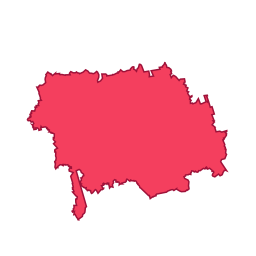 outline of Castillo de Teayo, Veracruz, Mexico, rotated 252°
{"feature_id": "50627088B5982554369070", "entity_name": "Castillo de Teayo", "entity_type": "district", "adm_level": 2, "iso_a3": "MEX", "parent_name": "Mexico", "parent_adm1": "Veracruz", "projection": "orthographic", "projection_center": [-97.687, 20.732], "detail": "fine", "context": "isolated", "style": "filled", "palette": "rose", "viewbox_px": 256, "rotation_deg": 252, "n_neighbors": 0, "source": "geoboundaries", "source_scale": "gbopen_adm2", "svg_char_len": 5698}
<svg xmlns="http://www.w3.org/2000/svg" viewBox="0 0 256 256"><g transform="rotate(252 128 128)"><path d="M95.0,221.1L95.1,215.9L96.6,214.3L97.2,210.6L101.6,210.7L101.8,211.1L105.0,209.0L106.9,211.7L108.0,211.3L107.7,211.8L108.3,211.7L108.3,212.1L108.9,211.7L109.1,212.1L114.7,211.8L114.6,214.4L122.3,214.5L122.3,212.7L128.2,212.8L128.0,211.9L128.9,212.0L129.0,212.8L134.1,212.7L134.1,213.5L134.7,213.5L135.3,210.4L128.8,210.4L128.3,205.7L128.6,204.3L134.2,204.0L131.1,200.4L131.0,197.4L131.2,196.9L131.8,196.9L132.1,195.0L134.3,195.6L134.6,196.5L136.3,196.0L136.3,195.5L137.4,195.9L138.1,198.5L138.9,198.7L138.6,196.4L142.3,195.5L143.0,195.6L143.6,196.8L145.1,195.3L147.6,197.4L149.4,195.5L150.7,196.5L151.5,195.3L151.9,195.5L152.5,194.4L154.0,195.5L153.8,196.1L154.2,196.5L157.3,196.9L158.3,192.8L157.4,191.3L162.1,189.3L164.0,187.6L164.1,187.3L162.5,184.7L165.9,184.6L166.2,186.3L168.6,186.2L168.8,187.0L170.5,186.9L172.8,185.4L173.6,183.7L175.8,183.9L178.3,183.2L179.3,183.6L177.3,182.0L176.1,179.8L175.4,179.6L176.0,176.5L174.0,176.6L175.3,167.7L169.5,168.3L170.2,164.1L172.2,165.0L175.7,165.3L176.4,160.5L182.6,160.2L183.8,160.0L185.0,159.0L185.0,158.4L182.2,156.6L181.3,154.9L179.3,153.6L181.5,152.5L182.2,151.6L184.1,152.5L184.6,152.0L184.7,151.0L184.3,150.1L183.3,148.5L182.4,148.0L182.9,144.9L182.6,142.6L183.2,140.5L185.6,139.0L184.1,137.0L184.4,135.8L183.3,135.4L183.7,134.5L183.1,130.9L183.6,130.1L183.2,129.5L184.1,123.9L185.3,124.2L186.2,123.5L187.4,119.8L183.1,119.1L181.3,116.5L180.8,113.5L182.5,113.6L185.2,115.8L187.6,116.7L190.5,116.3L191.5,115.7L190.4,113.0L190.4,111.7L191.3,110.4L192.1,108.3L194.4,107.5L196.4,105.7L195.0,102.6L194.6,98.7L195.3,98.5L196.2,96.8L197.2,96.4L196.8,94.9L197.4,93.0L199.3,91.0L198.1,89.2L196.5,89.4L197.9,84.8L197.6,84.6L199.3,81.7L199.7,79.9L200.1,79.4L201.0,79.8L201.9,75.6L202.6,76.0L201.2,72.4L203.3,71.5L203.0,71.2L206.0,69.0L204.1,66.3L203.1,66.5L201.5,65.0L199.9,64.2L196.6,63.7L195.2,60.3L195.3,58.5L196.0,57.5L195.6,56.4L194.6,55.5L195.1,53.9L189.7,54.5L188.3,54.0L184.1,54.1L182.8,53.6L181.1,54.1L181.7,51.1L179.4,51.0L178.6,49.9L177.0,50.0L177.7,47.6L176.1,47.5L176.7,46.1L176.5,45.9L175.9,46.4L173.0,44.5L174.1,41.8L173.1,41.3L173.2,40.9L172.5,40.4L171.7,40.7L171.3,39.0L170.2,38.9L170.1,39.4L168.6,39.2L168.5,38.8L169.0,38.5L168.9,37.8L168.2,37.9L168.0,35.9L166.9,34.9L165.8,35.3L165.2,37.4L163.5,37.7L163.6,39.4L161.4,39.8L160.4,38.3L160.8,37.8L159.0,38.5L158.5,37.7L157.5,37.9L157.4,38.6L155.6,38.0L155.2,40.2L156.5,40.4L156.0,41.9L154.6,42.8L153.3,42.6L153.2,45.0L155.1,45.1L156.3,45.8L155.2,46.1L154.6,49.8L153.7,50.7L152.7,50.5L152.7,51.3L151.2,51.2L151.3,51.8L150.9,52.1L150.9,51.8L149.3,52.3L148.8,51.7L148.7,52.3L147.1,53.2L146.6,54.1L147.0,54.2L145.1,56.1L141.4,54.8L141.9,54.0L140.1,53.4L137.2,54.7L136.1,52.3L130.6,54.7L130.1,52.1L129.6,51.9L129.6,51.5L128.6,51.2L127.7,51.7L127.6,51.1L126.6,51.6L123.8,50.5L121.8,50.5L119.5,49.3L118.7,47.9L117.3,47.8L117.1,48.2L113.3,46.4L111.5,46.7L112.3,47.7L112.0,49.0L112.7,48.8L113.1,49.4L114.1,52.1L113.3,53.8L113.4,54.5L112.7,54.2L112.1,54.9L112.9,56.0L112.6,57.1L112.0,57.3L111.7,59.4L110.1,59.6L109.9,60.4L109.3,60.1L108.4,60.8L109.0,61.1L108.5,62.1L107.2,61.7L107.8,60.4L106.9,59.1L105.2,58.8L102.6,62.1L99.8,58.6L93.3,58.4L92.4,58.3L92.4,57.9L88.7,57.7L88.6,56.8L87.0,56.4L87.0,56.9L84.2,56.9L84.3,55.5L79.5,57.5L78.4,58.5L77.3,58.2L76.9,57.4L76.3,57.3L76.5,56.3L73.5,55.4L70.3,55.2L71.1,52.6L69.4,52.3L67.7,51.2L67.8,50.9L66.9,50.8L66.4,50.4L66.2,49.1L65.1,49.3L65.2,51.3L62.3,49.7L62.2,51.0L58.6,51.6L57.8,52.1L56.2,52.1L55.9,52.7L56.5,52.7L58.0,57.3L59.7,58.2L60.5,60.2L61.3,61.0L65.5,62.9L66.0,64.2L103.3,65.5L103.7,68.7L102.3,69.8L100.1,69.9L98.0,71.4L96.3,71.2L96.2,70.0L94.9,69.0L95.0,67.9L94.5,68.2L94.3,67.8L92.7,67.5L92.0,66.3L91.4,66.1L89.8,65.8L89.2,66.4L89.0,65.8L88.0,65.7L85.0,67.6L84.9,68.2L84.1,68.6L84.1,69.7L83.1,69.1L81.9,69.9L81.1,69.9L80.8,70.3L81.1,71.6L80.3,72.2L80.0,73.1L77.9,72.8L77.0,73.2L77.3,74.4L79.5,77.9L78.5,78.7L75.2,79.3L77.8,83.5L77.3,84.3L77.7,85.9L78.3,86.3L78.6,85.4L81.3,85.0L81.1,85.9L81.6,86.5L81.4,86.8L82.4,86.9L81.8,87.8L82.8,87.9L81.9,89.1L81.6,90.3L81.2,90.5L82.1,91.2L81.4,92.6L80.4,91.9L79.6,92.3L76.6,91.9L77.6,93.5L76.4,95.4L78.9,95.6L80.5,97.4L82.0,97.5L83.0,99.4L82.2,100.4L80.4,99.8L79.8,101.0L80.2,101.3L79.2,102.6L78.0,102.7L76.7,102.1L77.1,103.3L76.7,104.9L77.2,104.4L77.5,104.8L77.1,105.4L77.5,106.6L77.3,108.7L77.9,109.9L78.9,110.2L79.7,111.2L76.8,113.4L77.7,114.5L76.5,115.4L76.2,117.3L75.5,117.4L75.5,118.6L74.9,119.2L73.5,119.6L72.9,119.4L72.0,120.1L71.8,119.8L71.3,119.9L69.6,120.9L67.6,120.9L67.0,121.5L57.3,126.7L57.2,127.5L54.0,127.3L54.8,129.7L54.7,130.7L55.0,130.7L54.9,133.8L55.9,134.0L56.3,134.8L55.1,144.8L55.7,146.3L55.9,150.1L55.5,151.7L54.4,152.3L55.3,155.5L54.8,155.3L51.8,158.0L50.9,159.2L50.0,162.8L50.9,165.0L50.5,165.1L50.9,166.8L51.5,167.3L54.4,167.7L58.0,169.3L59.9,169.0L62.5,166.3L64.4,166.2L64.6,167.9L65.3,168.1L65.5,168.6L64.9,171.0L65.2,171.9L64.4,173.4L66.1,173.9L66.2,174.4L67.5,175.4L66.8,176.8L65.7,177.4L66.1,178.7L65.2,179.1L64.5,180.5L64.5,181.0L65.6,182.1L65.1,183.4L66.3,187.2L65.3,188.5L65.6,189.1L65.2,189.9L66.4,189.7L66.6,190.6L64.3,191.1L64.5,193.2L61.7,194.9L60.8,194.5L60.4,195.9L59.2,195.8L58.2,194.4L57.1,193.6L55.9,193.9L54.7,195.5L56.2,199.9L54.1,200.8L54.3,202.6L54.6,203.3L56.4,204.7L57.9,206.6L57.6,207.8L56.9,208.6L67.3,205.7L69.1,207.2L68.9,210.6L72.5,213.6L73.5,213.1L74.3,213.2L77.4,214.6L78.1,214.4L77.3,213.7L79.6,214.6L81.0,214.0L82.3,214.9L86.8,214.5L87.3,214.6L87.1,215.1L87.6,215.8L88.0,215.6L88.3,216.3L88.8,216.1L88.7,216.8L90.6,219.3L91.3,219.3L91.9,220.0L93.6,219.1L94.1,220.8L95.0,221.1Z" fill="#f43f5e" stroke="#9f1239" stroke-width="1.5"/></g></svg>